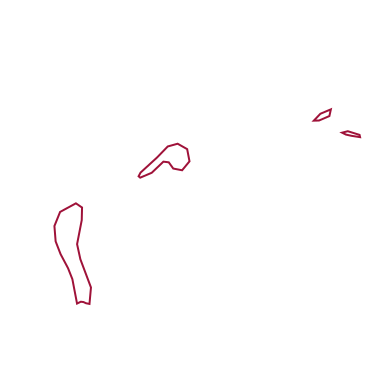 outline of South Caicos and East Caicos, rotated 226°
{"feature_id": "TCA-5006", "entity_name": "South Caicos and East Caicos", "entity_type": "state/province", "adm_level": 1, "iso_a3": "TCA", "parent_name": "Turks and Caicos Islands", "parent_adm1": "", "projection": "albers", "projection_center": [-71.559, 21.528], "detail": "fine", "context": "isolated", "style": "outline", "palette": "rose", "viewbox_px": 384, "rotation_deg": 226, "n_neighbors": 0, "source": "natural_earth", "source_scale": "10m", "svg_char_len": 693}
<svg xmlns="http://www.w3.org/2000/svg" viewBox="0 0 384 384"><g transform="rotate(226 192 192)"><path d="M234.3,73.1L221.2,65.0L193.5,53.0L182.7,40.5L185.6,38.5L188.2,37.5L190.3,35.8L191.6,31.8L212.4,45.4L223.3,49.9L238.6,54.3L251.2,59.6L263.1,69.4L269.3,83.3L264.5,100.6L257.2,102.1L248.4,93.2L234.3,73.1ZM240.4,164.5L241.7,168.5L241.1,190.8L241.6,206.2L236.7,215.2L226.2,218.3L215.8,211.5L214.5,200.0L221.9,194.8L229.5,195.9L233.7,192.5L233.8,176.4L238.3,164.7L240.4,164.5ZM155.2,333.0L158.7,329.2L159.1,338.7L155.0,349.3L151.2,343.6L155.2,333.0ZM121.7,345.7L126.4,342.6L130.4,341.2L127.5,346.3L116.7,352.2L114.7,351.0L121.7,345.7Z" fill="none" stroke="#9f1239" stroke-width="2"/></g></svg>